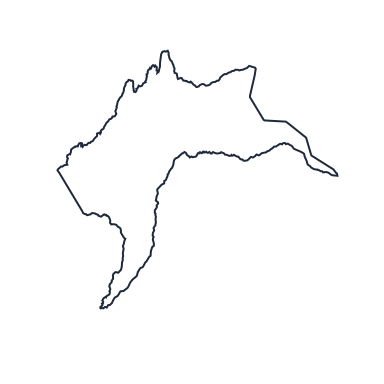 Dianópolis, Tocantins, Brazil, rotated 16°
{"feature_id": "56859067B54547148967397", "entity_name": "Dianópolis", "entity_type": "district", "adm_level": 2, "iso_a3": "BRA", "parent_name": "Brazil", "parent_adm1": "Tocantins", "projection": "equal_earth", "projection_center": [-46.69, -11.796], "detail": "fine", "context": "isolated", "style": "outline", "palette": "slate", "viewbox_px": 384, "rotation_deg": 16, "n_neighbors": 0, "source": "geoboundaries", "source_scale": "gbopen_adm2", "svg_char_len": 5963}
<svg xmlns="http://www.w3.org/2000/svg" viewBox="0 0 384 384"><g transform="rotate(16 192 192)"><path d="M56.7,208.2L59.3,210.3L91.6,240.5L93.2,242.3L95.5,242.8L96.3,242.5L97.6,243.2L100.5,241.5L101.8,239.7L105.2,239.4L106.1,239.8L107.9,239.7L108.6,240.6L111.4,240.8L113.6,237.8L114.3,237.6L115.2,238.2L116.1,237.7L116.8,238.4L117.9,238.3L119.1,239.0L120.9,241.3L121.4,242.3L121.6,243.8L122.0,244.6L122.8,244.8L123.3,245.4L125.6,244.5L128.3,244.4L130.4,245.9L131.9,246.1L132.9,246.6L133.6,247.2L134.4,249.0L134.6,250.1L135.2,251.0L138.5,254.1L140.1,255.2L140.8,255.4L140.5,256.9L140.7,260.7L140.5,263.2L141.9,265.2L142.4,270.0L143.5,272.6L143.5,274.2L144.3,277.1L144.1,278.6L145.0,282.7L145.2,285.1L145.0,287.1L144.4,287.6L143.8,289.2L143.2,290.0L141.3,289.9L140.3,290.3L139.9,291.2L139.2,291.9L138.9,293.8L139.9,296.5L140.0,297.5L139.3,299.1L139.6,301.0L138.4,303.3L138.5,304.7L138.6,305.7L139.8,307.1L140.3,308.3L140.0,310.1L140.7,310.8L140.9,313.1L138.6,315.7L138.4,317.0L137.7,316.8L136.3,318.5L135.7,321.0L137.0,322.2L137.1,323.3L136.2,324.1L137.1,325.1L136.5,326.7L135.7,327.6L135.8,328.7L136.5,329.0L137.3,328.4L138.9,328.2L139.9,326.6L141.0,326.4L141.9,326.6L142.6,323.9L144.2,323.2L145.6,320.9L146.0,318.0L146.8,314.9L149.2,312.4L150.0,309.8L150.3,307.9L150.8,307.1L153.4,306.1L156.4,302.0L156.8,300.9L157.6,295.9L159.0,292.5L161.6,288.7L162.1,287.5L162.0,283.9L163.0,280.3L163.4,279.3L164.8,278.3L165.5,277.4L166.6,272.3L167.3,271.5L168.6,266.6L168.9,265.8L169.7,264.9L169.6,263.7L169.2,262.4L168.8,259.9L168.9,256.3L169.2,255.3L170.0,254.7L170.0,253.5L169.3,251.5L167.5,248.6L167.3,247.0L167.5,245.7L166.2,244.8L165.7,242.1L166.2,239.3L165.0,237.3L165.2,236.1L166.0,234.1L165.7,232.8L165.7,231.2L164.6,228.7L164.0,225.4L163.0,224.0L162.9,222.8L162.0,222.3L161.3,219.8L162.2,217.2L162.4,215.9L161.7,214.7L162.6,212.4L162.1,211.3L159.6,210.2L159.5,207.7L159.2,206.8L159.3,204.9L159.6,203.8L159.5,202.5L158.1,200.0L157.9,199.0L160.8,193.3L162.9,191.4L162.3,189.1L163.0,188.5L163.6,187.4L164.1,183.1L163.7,182.0L164.4,180.8L164.3,179.2L165.4,175.5L166.1,174.5L166.4,172.9L166.5,171.0L166.0,166.8L166.3,165.5L166.9,164.4L169.5,162.0L169.7,160.8L170.5,160.0L171.8,157.7L172.7,157.2L173.1,156.4L173.9,155.6L175.9,156.4L176.4,157.3L177.3,158.0L179.3,158.5L180.4,159.4L181.2,158.4L181.9,158.0L183.0,158.4L186.2,156.7L187.0,153.1L188.0,153.0L188.4,151.7L189.2,151.5L190.0,152.1L190.8,152.0L191.4,151.3L191.4,150.3L192.3,149.9L193.1,150.6L193.8,150.2L194.5,149.4L195.5,149.9L196.5,150.0L197.7,148.7L199.2,149.8L200.3,149.6L200.6,148.7L201.2,147.8L203.1,148.2L205.5,148.1L208.6,146.7L209.0,145.7L212.0,146.0L213.4,147.0L214.6,146.7L218.2,147.0L219.3,146.3L219.7,145.5L220.5,146.1L221.4,145.6L222.0,144.7L225.6,145.6L226.7,145.2L229.1,146.9L230.6,147.2L231.4,146.8L233.0,147.7L234.5,147.3L236.2,146.5L237.0,145.6L239.0,142.0L241.1,142.0L243.0,139.8L243.2,138.9L244.0,138.1L245.9,138.4L246.9,137.7L248.2,135.6L252.6,133.2L252.9,132.3L254.9,130.9L255.9,129.2L257.2,127.9L258.3,125.8L260.1,125.2L263.3,121.5L264.3,121.2L265.4,121.4L265.8,120.3L267.4,119.3L268.2,119.4L269.0,120.1L270.8,119.1L273.8,120.0L274.9,120.0L278.2,122.4L285.9,123.4L288.6,124.1L289.3,124.6L290.7,127.1L293.6,130.5L295.4,133.4L296.3,134.0L298.2,134.5L299.8,135.6L302.4,136.3L304.8,136.3L306.4,135.8L307.2,136.2L308.2,136.0L309.9,136.5L311.7,136.3L312.6,137.0L315.5,135.8L317.8,135.8L320.8,137.0L322.5,137.2L327.3,136.3L326.3,134.4L324.9,133.7L321.7,131.3L297.0,124.1L296.2,123.3L286.7,108.3L265.6,99.5L262.8,98.5L242.0,103.2L241.0,102.9L221.5,84.8L221.2,83.2L220.1,62.7L219.3,56.0L218.4,55.1L212.2,55.0L210.6,57.8L209.0,58.8L207.3,60.4L205.6,61.0L204.0,62.1L202.5,61.9L200.0,62.5L199.2,63.7L197.2,64.7L195.9,66.2L194.1,67.3L192.6,69.2L191.1,69.6L190.4,70.1L189.2,71.6L187.8,73.9L187.5,74.7L187.5,75.8L187.1,77.1L186.4,77.9L185.2,78.2L184.0,79.8L181.8,80.7L180.3,82.2L180.0,83.2L179.3,84.1L177.9,85.2L175.9,86.0L174.3,85.3L173.0,85.1L171.7,85.7L170.2,86.9L169.3,88.7L167.7,89.8L166.7,89.7L165.8,88.9L164.0,88.5L161.2,86.6L160.4,86.3L160.0,87.3L159.0,87.2L158.0,87.4L156.0,86.7L155.3,87.2L153.7,87.0L153.0,87.3L150.7,85.4L150.0,85.3L147.4,87.2L146.7,86.4L144.7,82.4L142.6,82.3L141.8,81.3L141.4,80.1L141.2,78.1L139.9,76.7L139.3,75.3L138.0,74.0L137.5,73.1L136.0,71.6L135.1,71.4L133.2,69.3L132.4,67.5L131.8,66.9L131.2,64.7L129.7,62.9L128.2,64.3L126.6,64.2L125.8,65.0L124.9,65.3L124.4,68.0L125.3,74.5L126.0,78.2L126.5,79.5L126.7,81.7L126.6,83.0L126.9,85.5L125.9,87.0L125.7,84.8L124.4,84.9L123.9,82.4L123.6,81.5L122.5,81.0L121.8,81.7L121.5,80.8L120.9,81.4L120.4,80.8L119.6,80.8L118.7,82.3L118.6,84.4L117.5,84.2L117.6,85.7L116.6,86.2L116.2,87.6L116.2,88.8L116.6,89.6L116.6,90.9L115.9,91.4L116.2,92.3L116.9,93.2L116.7,94.3L117.1,96.9L116.6,98.7L117.2,99.2L115.2,101.0L114.6,103.7L113.0,104.8L111.4,104.5L111.3,106.2L110.9,107.5L110.1,108.2L110.6,108.9L110.7,110.1L110.2,111.4L109.5,111.2L108.8,111.7L108.0,110.8L107.8,109.6L107.2,108.8L106.9,107.8L106.2,106.5L105.9,104.8L104.8,101.8L103.6,101.4L102.7,102.0L101.8,101.5L100.1,101.7L99.7,103.6L98.8,104.3L98.3,106.0L98.6,107.3L98.1,109.9L98.1,111.9L98.5,112.9L98.5,115.6L98.0,116.8L98.2,118.1L97.9,119.4L97.3,120.2L96.4,122.3L96.4,123.3L95.9,124.6L95.7,125.9L96.0,129.3L95.8,130.6L96.4,131.3L96.1,135.5L97.7,137.8L97.0,140.3L96.1,141.0L94.8,141.3L94.5,143.2L93.8,144.1L92.6,144.8L91.7,147.7L90.8,148.8L90.0,152.3L89.5,153.8L89.6,155.2L89.1,156.2L88.0,157.0L87.6,158.4L88.1,160.1L87.7,161.4L86.8,160.4L84.6,162.0L85.2,163.6L85.2,164.8L84.7,165.3L83.7,167.1L83.1,168.6L82.8,169.9L81.9,171.1L81.0,171.6L80.6,172.8L79.2,173.2L78.4,174.3L77.8,176.0L75.6,176.3L74.8,177.3L74.4,178.8L73.5,178.1L72.9,178.6L72.4,177.5L73.0,176.8L73.0,175.6L72.0,175.4L70.3,176.2L69.7,177.9L69.7,179.6L68.1,179.9L67.5,180.8L66.8,180.8L64.1,184.5L64.6,187.1L64.4,188.1L64.5,189.3L63.8,189.4L62.0,191.1L62.3,193.0L63.5,194.0L63.2,195.3L63.4,196.3L63.3,198.2L64.6,200.1L61.9,201.4L60.3,203.4L59.1,203.6L56.9,207.1L56.7,208.2Z" fill="none" stroke="#1e293b" stroke-width="2"/></g></svg>